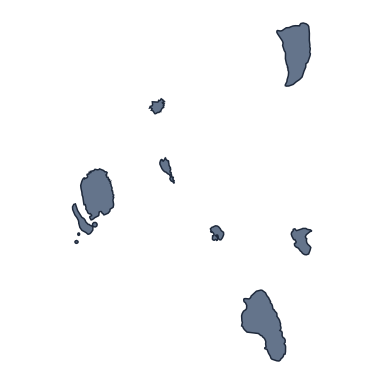 the district of Lomaiviti, Eastern, Fiji
{"feature_id": "14151628B20319301670654", "entity_name": "Lomaiviti", "entity_type": "district", "adm_level": 2, "iso_a3": "FJI", "parent_name": "Fiji", "parent_adm1": "Eastern", "projection": "natural_earth1", "projection_center": [179.092, -17.678], "detail": "fine", "context": "isolated", "style": "filled", "palette": "slate", "viewbox_px": 384, "rotation_deg": 0, "n_neighbors": 0, "source": "geoboundaries", "source_scale": "gbopen_adm2", "svg_char_len": 5958}
<svg xmlns="http://www.w3.org/2000/svg" viewBox="0 0 384 384"><path d="M265.5,292.8L262.1,290.3L260.9,290.1L256.4,291.2L251.1,296.1L250.7,297.4L249.5,298.7L248.7,298.9L245.8,298.6L244.3,298.7L243.8,299.2L243.8,300.7L244.1,301.7L245.4,302.7L246.7,305.3L246.6,308.3L245.9,309.6L243.5,311.2L242.2,313.6L241.6,315.8L241.9,321.0L242.4,322.3L241.6,325.9L242.7,326.6L243.4,328.2L244.4,329.6L247.0,332.1L258.4,333.5L260.8,335.5L261.5,335.6L262.3,336.2L262.6,336.9L263.9,337.9L264.8,339.1L265.6,341.0L265.8,342.0L265.6,343.9L266.1,347.0L264.9,347.7L264.7,348.2L264.9,348.7L266.9,349.4L267.2,349.8L268.6,353.4L270.1,355.8L271.1,358.5L272.0,359.2L276.8,360.8L279.0,361.0L280.4,360.0L280.8,359.0L282.6,357.4L283.3,356.2L283.9,354.3L285.1,354.1L285.5,351.7L285.6,346.7L285.3,345.2L284.3,344.1L284.2,343.4L285.1,342.4L285.2,340.1L284.4,338.4L282.9,337.4L282.3,336.1L282.1,335.5L282.2,332.8L281.7,331.4L279.9,330.5L280.6,329.4L281.0,328.0L280.9,327.2L280.4,325.7L280.5,323.4L280.1,322.6L279.6,320.6L278.9,319.1L276.8,316.2L277.0,315.8L276.8,313.3L274.3,310.4L274.3,310.0L272.9,308.9L272.3,305.5L271.7,304.1L270.4,302.8L270.5,301.4L270.1,301.1L270.0,300.4L269.3,299.4L268.7,297.9L266.8,295.6L265.5,292.8ZM307.8,25.0L306.1,23.8L303.2,23.0L300.9,23.5L300.0,24.6L299.6,25.8L295.5,25.7L293.0,26.0L290.0,27.1L289.7,27.5L286.2,27.8L281.9,30.7L280.2,31.0L277.6,30.5L276.9,31.0L276.9,32.4L277.6,33.8L282.4,41.0L283.1,43.0L282.6,45.5L284.3,50.7L285.2,51.9L285.5,53.4L285.4,58.8L286.6,64.3L287.2,65.2L287.2,65.9L287.6,66.7L287.8,67.4L287.5,67.7L287.9,68.2L288.0,70.3L288.4,70.9L288.6,72.7L288.3,75.8L287.1,79.7L286.9,81.6L285.3,84.8L285.3,85.7L286.3,86.1L288.8,86.0L293.2,84.4L296.2,81.8L299.6,79.5L302.1,77.0L304.0,71.1L305.7,67.2L305.9,63.8L307.8,62.2L310.0,55.8L310.4,53.7L309.7,52.4L310.3,48.8L310.1,47.6L309.7,47.0L309.9,45.1L309.3,40.2L309.4,33.4L309.1,29.8L308.7,26.4L307.8,25.0ZM99.6,168.9L99.0,169.5L97.4,169.8L95.0,169.3L93.8,170.6L90.5,171.4L90.9,172.5L90.7,172.7L89.2,172.3L88.8,174.1L87.3,174.2L87.0,174.7L87.0,175.1L87.5,175.8L87.6,176.4L87.5,177.1L86.9,177.8L85.6,178.3L84.7,178.0L84.5,178.7L83.9,178.1L82.8,179.2L81.8,181.5L80.7,185.4L81.0,188.3L81.9,192.3L82.1,195.0L82.8,196.8L83.9,204.3L84.1,204.8L85.3,204.6L86.0,207.6L85.8,209.0L87.0,210.6L87.9,212.9L89.3,213.9L90.3,213.6L91.5,215.0L91.6,215.7L89.9,216.5L89.7,217.1L90.0,218.0L91.1,219.9L91.8,219.8L93.7,218.7L94.5,217.8L98.4,215.8L98.8,215.3L99.2,212.0L100.6,211.5L101.4,211.6L102.2,213.2L103.1,213.7L103.7,214.8L104.4,214.8L108.1,213.2L109.9,211.1L110.1,209.2L113.1,207.3L113.5,205.6L113.6,204.1L112.9,200.0L113.7,197.4L113.3,197.2L113.1,196.4L113.5,196.0L113.7,195.0L113.3,194.8L112.8,193.9L112.8,192.0L112.4,191.6L112.5,190.8L111.8,190.4L111.9,188.6L112.1,188.0L111.2,186.0L110.9,184.0L110.2,183.2L110.6,182.4L110.1,181.8L110.4,181.3L109.8,181.4L109.4,181.0L109.1,180.4L109.4,179.6L108.4,179.4L108.5,178.4L108.1,177.9L108.1,177.4L107.2,177.4L106.6,176.9L106.7,176.0L106.2,175.6L106.1,174.8L106.5,174.7L107.1,172.5L106.3,171.9L104.8,171.7L103.6,170.5L99.6,168.9ZM305.8,228.4L302.9,228.4L301.9,228.9L296.6,230.6L295.9,230.1L294.9,228.8L293.7,229.1L293.2,229.4L293.2,230.7L292.0,231.9L291.4,233.1L291.3,234.3L291.9,236.2L293.4,239.1L294.2,239.8L294.9,239.6L296.2,241.9L295.7,243.0L294.6,243.4L294.4,243.8L294.6,245.3L295.0,246.0L296.4,247.3L297.5,247.6L298.7,248.6L300.4,251.0L301.5,251.8L302.3,253.1L303.5,254.0L304.7,254.6L306.3,254.8L308.6,254.0L310.1,250.2L310.8,247.5L309.6,245.9L307.8,244.3L306.7,242.5L306.4,240.4L306.7,238.6L305.7,237.9L305.4,236.6L306.3,234.7L309.9,231.7L311.4,231.2L311.5,230.8L310.5,229.9L307.4,229.4L305.8,228.4ZM88.7,234.2L90.0,233.6L91.1,232.5L92.8,230.1L92.9,227.6L92.5,226.4L90.0,225.2L89.1,224.4L88.2,224.4L85.9,222.0L84.9,219.8L83.8,218.5L81.8,217.3L77.6,210.5L75.4,203.9L73.8,204.4L72.5,206.9L72.7,209.6L74.9,214.9L76.9,217.6L78.3,220.2L78.8,222.4L78.7,223.0L79.9,227.5L81.9,230.3L86.1,232.6L87.9,234.2L88.7,234.2ZM168.1,160.7L167.6,160.7L165.9,159.3L165.7,158.2L165.3,157.9L164.0,160.3L163.3,161.1L162.3,160.7L162.4,160.0L161.7,159.5L160.7,160.1L159.9,162.5L159.9,164.1L161.9,168.6L163.1,170.3L164.6,171.7L165.9,172.1L167.8,173.8L169.8,174.7L169.9,175.8L170.8,176.6L170.8,177.0L169.9,178.2L170.1,179.5L171.3,181.1L172.7,181.5L173.7,183.0L173.9,183.0L174.2,182.8L173.9,182.0L174.1,180.6L173.5,180.3L172.9,179.1L173.3,177.4L173.1,177.2L172.5,177.4L171.7,176.3L171.5,174.7L171.2,174.4L171.1,172.5L170.4,172.5L170.1,172.0L170.1,170.8L170.7,169.8L170.5,169.2L170.6,168.8L170.1,168.3L170.4,167.5L169.6,166.6L169.0,165.1L168.8,163.0L168.5,162.3L168.6,161.2L168.1,160.7ZM215.7,225.8L214.3,226.3L212.9,227.1L212.1,227.2L210.4,228.8L211.0,230.7L210.7,231.5L211.2,232.2L211.7,232.3L212.0,231.8L213.3,232.9L214.0,234.4L213.9,235.0L213.5,235.7L212.6,235.8L212.4,239.1L212.7,239.6L213.8,240.2L214.4,240.2L215.5,239.4L216.1,239.6L216.7,240.4L217.4,240.1L217.7,237.9L216.3,236.1L215.6,235.7L215.6,235.4L216.4,235.3L217.0,234.9L217.8,235.4L217.7,236.1L218.1,236.4L218.4,238.7L220.0,239.9L220.9,239.8L222.4,237.8L223.4,235.4L223.7,234.3L223.5,232.3L221.2,230.6L220.3,228.8L218.8,227.0L217.5,226.1L215.7,225.8ZM162.9,100.6L162.9,99.9L161.2,98.8L160.1,100.4L159.3,100.7L158.6,100.4L158.3,101.7L157.7,102.1L152.3,101.8L152.6,104.8L151.9,105.9L150.2,106.4L149.6,108.0L150.7,107.7L152.1,108.8L151.3,110.3L152.0,110.4L153.2,111.1L154.7,113.6L155.6,113.7L157.8,112.4L158.9,112.5L159.9,111.5L160.7,111.6L160.7,111.1L161.6,109.1L162.7,107.7L163.5,107.6L163.7,107.4L163.4,106.2L163.9,105.6L163.4,105.2L164.2,103.8L162.8,103.4L162.4,102.8L164.4,101.8L163.9,101.4L163.8,100.9L163.3,101.0L162.9,100.6ZM95.1,227.0L96.2,226.5L96.9,225.8L97.1,224.2L96.5,223.1L95.6,222.5L93.9,222.5L92.8,223.5L92.5,224.3L92.5,225.4L93.4,226.5L95.1,227.0ZM76.9,243.3L77.9,242.6L78.1,241.9L77.9,241.3L76.7,240.5L75.5,240.9L75.0,241.5L75.1,242.6L76.0,243.3L76.9,243.3ZM79.0,235.3L79.5,234.8L79.6,233.8L79.1,233.0L78.4,233.0L77.9,233.6L77.8,234.5L78.3,235.3L79.0,235.3Z" fill="#64748b" stroke="#1e293b" stroke-width="1.5"/></svg>